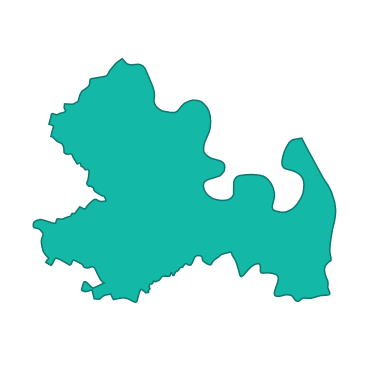 outline of Chau Thanh, Long An, Vietnam, rotated 9°
{"feature_id": "81297802B81408558281677", "entity_name": "Chau Thanh", "entity_type": "district", "adm_level": 2, "iso_a3": "VNM", "parent_name": "Vietnam", "parent_adm1": "Long An", "projection": "mercator", "projection_center": [106.49, 10.464], "detail": "fine", "context": "isolated", "style": "filled", "palette": "teal", "viewbox_px": 384, "rotation_deg": 9, "n_neighbors": 0, "source": "geoboundaries", "source_scale": "gbopen_adm2", "svg_char_len": 5983}
<svg xmlns="http://www.w3.org/2000/svg" viewBox="0 0 384 384"><g transform="rotate(9 192 192)"><path d="M292.0,121.6L284.0,124.3L282.1,125.6L280.3,127.8L278.0,133.5L276.8,138.2L276.2,142.7L276.0,147.0L276.5,150.4L277.1,151.9L278.7,153.6L280.0,154.3L289.6,155.5L293.9,157.0L296.6,158.6L299.1,161.1L300.2,163.0L301.5,167.4L301.9,173.6L301.8,175.4L301.4,177.7L300.9,179.7L299.8,182.9L298.0,186.9L295.5,191.0L293.3,193.4L289.6,196.0L287.4,197.2L284.5,197.9L281.5,198.0L277.4,197.6L275.2,197.0L274.4,196.2L273.7,194.9L273.5,192.9L274.2,184.4L273.7,180.7L271.7,175.7L270.3,173.3L268.2,170.6L264.7,167.5L261.9,165.9L259.6,165.2L257.0,164.9L252.7,165.0L248.4,165.4L243.5,166.3L239.1,167.5L236.4,168.4L234.1,169.7L233.0,171.1L232.0,173.3L231.7,176.0L233.4,187.7L233.1,189.0L232.2,191.0L231.1,192.2L229.0,193.9L226.2,195.0L222.0,195.8L217.9,195.8L213.9,195.3L210.9,194.2L207.3,192.0L205.1,189.9L203.9,188.1L202.6,185.3L202.2,183.2L202.4,181.1L203.3,179.5L204.5,178.2L207.0,176.6L210.2,175.2L217.1,171.6L218.6,169.7L220.3,166.7L220.6,165.5L220.4,161.9L219.9,160.2L219.0,158.9L217.4,157.7L215.9,157.0L212.9,156.5L206.4,155.8L204.2,155.2L200.2,153.2L198.7,151.9L197.5,150.4L197.0,149.4L196.5,145.9L196.6,141.7L199.5,130.1L199.9,126.1L199.5,120.0L198.0,113.9L196.6,110.6L194.3,107.0L192.8,105.5L189.7,102.9L187.1,101.4L184.3,100.8L181.5,100.8L178.3,101.2L175.5,102.4L172.4,104.3L170.4,105.9L168.0,109.2L166.0,112.9L164.1,115.2L162.1,116.3L158.2,116.8L151.3,116.7L149.4,116.5L144.8,114.3L142.6,112.5L140.8,109.7L140.1,107.8L139.8,102.5L139.5,100.8L138.6,98.0L136.7,93.9L128.5,80.7L126.1,77.1L123.8,75.2L121.3,74.4L119.0,74.2L111.6,76.1L108.1,75.7L106.6,74.9L102.2,71.2L96.8,76.6L91.9,84.7L90.5,88.5L89.8,89.9L89.2,90.8L87.6,91.5L74.7,95.9L74.1,96.3L73.8,96.8L73.7,97.6L73.9,102.3L72.5,104.8L69.9,107.4L68.0,109.1L67.4,109.9L66.8,111.3L66.0,114.1L65.5,119.2L65.1,120.6L61.1,123.6L59.6,124.1L52.3,124.9L52.5,128.8L53.5,130.4L54.3,131.0L54.4,131.8L54.1,132.4L53.3,133.1L51.8,134.0L49.8,134.7L48.5,135.4L47.7,136.2L46.2,136.9L43.9,136.7L42.3,136.3L41.7,136.4L41.1,136.9L40.8,138.4L41.0,140.6L40.5,143.1L40.1,147.4L42.6,147.8L44.9,148.5L44.7,151.6L44.2,154.4L43.9,159.3L45.5,159.4L46.7,160.1L50.1,162.7L52.0,163.5L55.0,164.3L56.6,165.2L57.7,166.9L58.6,168.8L59.4,172.9L60.2,173.6L61.9,174.2L62.8,174.2L64.1,174.0L66.0,173.3L67.1,173.4L67.8,174.1L68.9,176.0L74.1,182.2L74.9,182.1L76.1,181.0L76.9,180.9L77.4,181.3L78.1,183.2L78.7,184.1L80.4,184.3L83.0,186.7L83.6,186.7L85.0,186.1L86.0,186.2L86.6,186.6L87.0,187.4L87.2,189.0L87.4,193.6L87.4,196.1L86.7,199.2L86.7,200.1L87.1,200.9L88.8,202.3L89.9,202.3L91.4,202.0L92.5,202.8L94.0,203.3L94.2,203.5L94.6,205.1L95.2,205.9L97.5,207.4L102.9,209.5L103.8,209.8L105.2,209.8L106.1,210.1L107.8,212.6L108.3,214.3L105.3,215.3L103.3,215.6L102.6,215.6L100.4,215.1L98.6,214.3L97.5,214.4L96.4,215.0L95.3,215.9L92.1,219.9L91.0,221.6L88.9,225.8L83.5,224.2L79.6,231.6L77.0,231.9L76.5,232.6L76.1,234.5L75.6,235.0L72.6,236.4L69.0,238.6L67.1,239.3L64.2,239.4L63.0,239.7L62.6,240.6L62.2,243.7L61.8,244.3L59.1,244.5L51.6,243.2L46.6,242.8L43.3,244.2L42.0,245.0L40.8,246.2L40.5,246.8L40.3,248.7L40.6,250.8L41.0,251.3L41.5,251.7L42.2,252.0L43.6,252.0L46.5,252.4L47.8,253.0L51.5,256.3L51.6,257.8L50.8,262.1L50.9,264.4L51.4,266.3L52.5,269.7L54.2,273.6L55.0,274.8L58.2,278.0L60.4,279.4L60.7,280.0L60.7,280.4L59.2,282.4L58.6,284.4L64.3,286.6L65.5,284.4L66.9,279.6L67.9,278.8L68.7,278.7L71.9,279.2L82.3,283.2L82.9,283.2L83.9,282.1L84.7,279.1L85.2,277.9L85.6,277.7L87.0,278.0L94.6,280.5L95.6,281.2L96.6,282.7L97.7,283.3L100.4,283.5L101.8,283.1L104.7,281.5L105.6,281.2L107.1,281.9L108.4,283.1L110.8,286.9L114.8,292.3L117.0,294.3L118.1,295.1L119.5,295.6L109.5,302.4L107.7,301.7L101.7,297.5L100.3,297.3L99.7,297.5L99.4,297.8L98.7,300.8L98.2,305.3L98.2,306.0L98.7,306.4L100.1,306.9L101.9,307.1L103.7,306.7L108.6,304.4L112.1,312.8L117.5,312.4L117.9,311.6L120.9,308.3L122.5,307.4L127.7,305.6L131.2,310.5L138.9,307.7L141.9,307.1L146.1,307.7L152.4,309.7L153.7,309.8L154.4,309.1L154.9,307.6L155.1,303.9L155.9,298.8L156.6,296.4L157.2,296.1L158.2,296.3L162.2,298.9L162.7,298.8L163.6,298.1L164.7,298.0L164.9,297.5L164.4,296.5L164.4,295.8L165.3,294.9L165.6,293.9L164.6,292.2L164.4,290.7L165.3,289.4L166.7,289.1L167.3,288.5L167.6,287.7L167.9,286.1L168.2,285.8L169.2,286.3L170.2,286.3L173.3,284.3L173.9,283.7L175.2,280.8L176.6,279.6L181.0,279.1L183.0,278.6L183.6,277.6L183.6,275.6L183.8,275.0L184.6,275.2L186.3,277.4L187.0,277.3L187.4,276.8L187.6,275.5L188.2,273.9L188.9,273.1L190.7,271.8L191.8,269.1L192.3,268.6L194.6,267.6L195.6,265.3L196.8,263.9L197.8,263.7L199.3,264.5L201.0,264.6L202.3,264.2L202.5,263.9L203.3,261.8L204.8,256.3L205.0,255.7L206.4,254.4L207.2,254.0L208.7,253.7L211.0,253.8L211.9,254.5L212.4,255.3L213.0,257.3L213.4,258.0L214.1,258.7L217.8,260.5L220.1,261.1L221.1,261.2L221.9,260.9L222.4,260.2L223.8,256.5L228.4,252.0L229.6,250.4L231.1,248.9L239.1,245.4L239.9,245.5L240.4,245.9L241.7,248.2L245.6,252.8L247.1,255.4L250.1,261.6L252.2,266.5L253.4,267.8L253.9,267.9L254.2,267.7L255.2,266.9L256.0,266.0L259.3,260.6L261.7,257.1L263.0,255.7L265.6,253.6L268.2,252.4L269.6,252.6L270.6,253.5L271.1,254.5L271.9,259.5L272.5,260.5L272.9,260.9L274.0,261.1L275.1,261.0L278.4,260.1L282.6,259.8L287.4,260.1L288.9,260.9L290.2,262.2L290.7,263.7L290.9,266.2L290.7,267.8L289.3,275.7L289.1,278.5L289.3,279.6L289.6,280.6L290.0,281.1L290.8,281.6L293.0,281.7L294.8,281.3L300.6,278.9L301.7,278.6L305.7,278.5L306.3,278.6L307.7,279.5L310.8,282.7L312.3,283.4L313.7,283.4L315.0,282.7L317.3,280.1L318.9,279.3L320.5,279.0L325.6,278.6L335.5,274.1L340.5,273.0L343.2,272.1L343.9,271.2L343.9,270.1L341.0,265.1L340.7,261.1L339.9,258.4L338.1,255.6L336.2,252.1L335.4,249.5L334.9,247.4L335.2,244.0L337.0,241.1L338.5,239.1L339.9,238.2L339.9,237.1L339.3,234.5L338.3,232.2L337.2,228.5L336.6,221.2L336.5,214.3L336.6,206.5L337.3,198.7L337.3,194.1L337.1,190.5L336.6,186.7L334.4,179.5L329.8,170.4L328.1,167.8L325.0,163.7L321.2,159.9L317.8,155.7L297.9,129.7L292.0,121.6Z" fill="#14b8a6" stroke="#0f766e" stroke-width="1.5"/></g></svg>